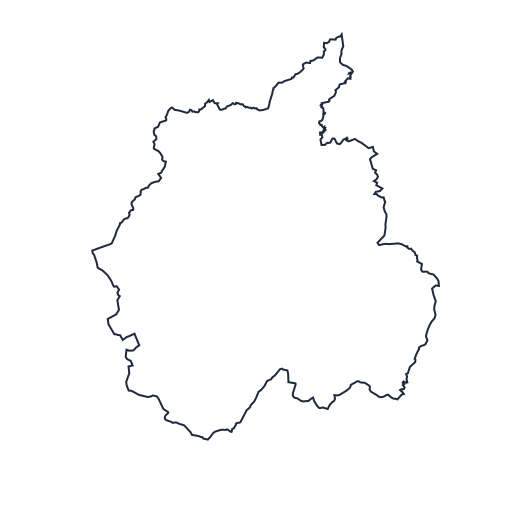 Oke Ta Ra, Mandalay, Myanmar, rotated 71°
{"feature_id": "60261553B97058697426989", "entity_name": "Oke Ta Ra", "entity_type": "district", "adm_level": 2, "iso_a3": "MMR", "parent_name": "Myanmar", "parent_adm1": "Mandalay", "projection": "natural_earth1", "projection_center": [96.134, 20.038], "detail": "fine", "context": "isolated", "style": "outline", "palette": "slate", "viewbox_px": 512, "rotation_deg": 71, "n_neighbors": 0, "source": "geoboundaries", "source_scale": "gbopen_adm2", "svg_char_len": 6097}
<svg xmlns="http://www.w3.org/2000/svg" viewBox="0 0 512 512"><g transform="rotate(71 256 256)"><path d="M102.4,310.6L103.4,310.8L104.5,312.0L106.1,312.4L108.7,312.6L109.6,311.7L111.3,311.5L113.2,312.3L114.5,315.8L117.3,315.5L120.5,317.5L121.4,317.5L125.1,314.1L127.3,313.1L131.9,312.1L134.4,313.4L136.3,312.5L137.4,310.5L141.8,313.1L146.4,318.8L146.6,321.7L151.3,320.3L153.7,323.8L153.1,326.6L153.1,331.3L154.8,334.7L156.2,335.9L155.7,338.3L156.2,340.1L156.1,342.5L157.0,343.8L160.3,345.1L160.9,346.7L161.2,350.8L163.1,352.2L163.8,354.4L165.0,356.2L166.8,356.9L170.6,356.5L172.4,357.1L172.0,359.2L173.8,362.0L175.9,362.1L177.9,364.1L178.4,365.5L178.1,367.3L178.3,368.8L180.6,372.1L180.7,374.0L181.8,374.3L186.9,379.6L190.8,382.4L197.0,388.2L197.3,389.4L197.5,409.0L200.3,409.5L202.1,408.7L210.3,408.8L215.6,409.5L219.9,405.7L225.8,402.6L232.7,400.9L237.5,400.6L238.9,400.1L239.2,397.6L243.2,396.4L245.7,399.1L248.3,398.9L249.6,397.9L252.7,401.5L262.3,403.1L265.6,407.1L267.3,416.7L272.7,417.7L283.9,415.4L284.5,413.7L285.5,412.7L286.6,410.3L292.0,409.3L290.5,404.5L290.5,402.0L289.9,396.2L302.5,395.5L303.3,398.8L305.0,401.8L305.3,403.2L304.2,406.9L302.4,408.9L309.0,412.1L311.6,411.4L314.4,408.6L319.3,408.3L319.0,412.5L325.6,414.0L332.9,419.8L336.3,420.4L341.8,420.2L342.6,418.2L343.9,416.7L349.1,412.0L353.8,404.7L354.2,403.9L354.6,400.7L354.2,399.1L356.4,395.5L359.2,394.6L370.4,393.4L375.1,389.9L375.9,390.2L377.2,393.3L378.6,394.7L380.4,395.1L381.9,394.4L385.0,390.4L386.8,388.9L386.8,387.7L387.5,385.4L389.9,383.0L392.6,379.1L401.4,375.2L404.3,374.8L407.5,368.9L409.1,367.2L409.7,365.8L411.5,365.2L413.9,361.3L412.0,357.8L409.3,353.9L408.8,351.7L408.9,346.2L409.2,344.6L410.5,341.5L410.6,339.6L414.2,336.9L414.3,336.3L411.8,334.8L411.7,333.0L411.3,332.4L410.7,332.1L409.6,330.4L408.0,329.5L407.7,328.2L408.2,325.8L408.0,324.8L398.7,314.9L397.2,311.1L395.2,309.4L393.2,305.3L389.9,301.8L385.2,297.8L384.4,294.9L381.7,290.3L377.9,286.4L377.3,281.6L375.9,279.7L375.2,277.2L370.8,270.0L371.0,268.1L372.4,267.1L374.4,263.6L377.6,263.9L385.9,266.4L389.3,260.1L390.6,260.5L397.7,265.8L400.0,266.7L401.6,266.3L403.0,265.1L403.9,263.4L407.6,260.6L408.8,258.9L410.1,253.6L408.9,250.4L408.5,248.1L412.4,248.2L417.5,247.0L420.2,245.8L420.7,245.0L420.9,242.3L424.0,238.0L420.7,234.7L419.2,231.9L418.4,229.3L416.8,227.8L413.1,227.2L414.3,224.3L414.6,222.4L412.8,214.3L411.4,210.7L410.6,209.5L408.7,208.2L407.4,200.7L408.1,199.5L409.5,198.5L411.4,194.3L415.4,191.2L416.7,190.8L419.3,192.1L421.8,191.4L426.9,187.0L428.7,186.0L430.0,184.2L430.5,182.7L430.5,180.1L429.9,178.0L430.1,176.3L434.1,173.9L435.9,172.0L436.4,170.5L437.6,169.0L434.5,163.4L434.7,161.2L432.5,161.7L429.7,163.4L429.3,161.9L430.0,159.5L428.6,158.2L425.8,159.2L425.4,157.7L423.6,158.6L422.7,157.3L424.7,155.5L424.8,154.1L421.5,153.8L419.2,152.4L416.5,152.5L416.3,150.6L411.0,146.6L408.1,140.0L405.9,139.0L404.9,139.5L401.0,136.3L397.7,133.0L397.3,132.2L395.7,131.8L394.8,129.3L395.0,126.2L394.5,124.4L391.6,121.4L387.0,121.4L382.2,118.1L378.1,114.6L375.1,111.1L373.1,107.6L370.1,105.4L364.4,104.9L361.1,103.4L357.4,100.8L350.5,100.8L344.1,100.1L342.4,95.7L343.8,92.8L339.2,91.6L337.0,91.9L331.4,94.1L328.6,98.3L326.6,99.1L325.1,103.6L324.2,104.1L322.5,104.3L317.5,101.7L313.7,105.4L312.5,104.5L310.9,104.6L308.1,103.6L307.1,104.8L304.3,104.7L302.2,106.1L299.5,107.1L299.1,109.0L297.0,110.3L296.0,109.8L295.5,111.5L292.4,114.3L290.4,117.4L288.1,126.3L286.5,130.0L285.7,136.1L283.0,136.8L278.4,127.9L271.6,124.3L268.2,123.3L261.2,119.7L258.9,119.1L255.9,119.7L251.6,119.5L246.6,116.1L245.5,116.5L242.1,116.2L241.6,118.1L238.7,120.9L236.7,121.8L236.0,123.9L234.3,121.7L235.0,117.8L233.3,114.5L228.3,119.2L226.1,117.6L223.6,120.1L222.5,116.7L220.7,114.9L218.5,114.9L216.0,116.3L214.1,114.5L211.6,117.2L201.6,116.7L200.4,114.8L198.9,108.2L195.4,110.5L190.9,110.0L190.7,114.4L183.2,119.5L181.0,121.8L177.5,124.4L177.8,131.0L176.1,132.8L175.3,131.5L174.5,131.2L173.8,131.5L174.5,132.7L174.2,133.1L174.4,135.5L176.6,138.4L177.5,140.5L176.0,142.8L170.6,143.6L169.8,145.4L173.1,149.1L172.2,152.0L173.4,154.7L172.3,157.9L166.7,157.1L165.6,154.7L162.5,154.3L162.3,155.8L160.1,155.3L160.4,153.7L161.3,152.6L159.5,149.2L159.0,149.2L158.9,150.8L157.5,149.1L157.3,150.1L156.1,149.5L156.4,150.5L154.5,151.4L153.5,151.2L153.1,152.4L150.6,153.1L149.3,152.1L149.7,151.1L148.8,148.8L145.5,146.6L143.7,146.2L144.0,144.9L143.5,144.1L142.9,144.2L142.4,145.4L138.3,144.3L136.8,145.7L136.1,144.8L134.7,145.9L134.0,145.3L134.1,144.0L132.9,143.9L133.8,136.9L133.3,136.0L132.0,136.1L131.5,135.5L130.0,129.7L127.5,127.4L126.1,126.8L125.2,127.0L123.4,122.6L121.6,121.6L121.0,120.6L121.6,115.3L120.5,115.3L120.6,114.4L119.6,114.4L117.9,111.2L119.2,109.1L118.0,108.8L117.7,108.2L116.7,108.5L114.6,107.0L113.8,107.5L113.8,108.7L113.2,108.1L113.5,105.9L114.4,106.0L113.2,104.4L111.6,104.5L109.6,105.7L105.7,108.7L103.4,111.8L100.3,113.4L96.3,112.3L93.4,109.8L89.4,108.2L86.1,105.2L74.4,102.9L76.0,104.9L75.5,106.1L76.0,109.3L77.3,110.3L75.3,115.3L77.4,117.4L77.8,119.7L76.6,122.2L80.8,124.0L82.6,123.1L83.8,123.3L84.4,124.1L84.6,125.2L87.4,126.1L90.1,128.8L88.3,133.2L89.8,138.1L89.3,141.0L91.1,142.0L89.5,145.5L89.9,148.5L90.4,149.5L94.4,150.0L96.6,154.6L97.2,157.4L97.0,159.4L99.5,162.6L98.9,163.7L100.1,164.8L99.9,172.3L100.6,174.9L99.4,178.3L101.8,181.9L103.0,185.0L104.1,185.2L104.6,186.0L108.1,188.0L115.0,193.1L117.1,194.1L120.3,196.5L120.3,201.3L119.6,205.1L117.6,207.2L116.6,207.2L116.0,209.3L115.0,209.9L115.1,212.2L114.1,212.8L113.1,215.0L112.1,215.8L112.1,217.5L111.1,217.7L110.3,218.6L108.1,219.3L107.8,220.8L105.8,223.0L104.7,225.0L105.7,225.6L105.8,226.6L103.9,228.3L105.0,230.4L105.2,234.8L106.6,236.7L106.4,238.4L106.6,240.9L105.8,242.5L100.0,243.4L99.2,242.4L98.1,245.3L94.6,246.0L95.3,249.8L93.1,249.8L94.8,252.3L95.4,254.5L97.7,255.4L99.5,260.6L99.0,261.9L100.7,262.7L101.2,264.0L100.1,266.6L99.3,267.1L98.8,269.2L97.2,269.5L96.2,270.8L97.8,272.3L98.2,274.6L93.2,281.7L91.4,285.3L88.3,287.0L88.4,288.5L90.1,291.6L93.4,294.2L95.4,296.4L96.8,296.1L98.5,296.8L98.5,303.5L101.9,306.4L102.4,310.6Z" fill="none" stroke="#1e293b" stroke-width="2"/></g></svg>